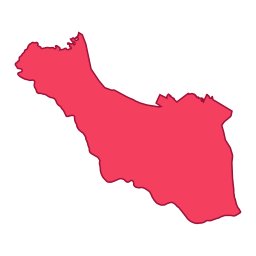 the district of Islas del Ibicuy, Entre Ríos, Argentina
{"feature_id": "61730980B51981995924731", "entity_name": "Islas del Ibicuy", "entity_type": "district", "adm_level": 2, "iso_a3": "ARG", "parent_name": "Argentina", "parent_adm1": "Entre Ríos", "projection": "orthographic", "projection_center": [-58.964, -33.597], "detail": "fine", "context": "isolated", "style": "filled", "palette": "rose", "viewbox_px": 256, "rotation_deg": 0, "n_neighbors": 0, "source": "geoboundaries", "source_scale": "gbopen_adm2", "svg_char_len": 5507}
<svg xmlns="http://www.w3.org/2000/svg" viewBox="0 0 256 256"><path d="M78.7,32.6L78.6,32.9L78.6,33.9L78.4,35.0L78.1,35.0L77.9,35.3L78.2,35.6L78.1,36.1L77.3,36.8L76.5,37.0L76.0,37.4L75.6,38.0L75.8,38.3L76.1,38.3L76.6,37.9L76.8,37.5L77.0,37.3L77.8,37.7L78.0,38.0L78.3,39.0L77.3,40.1L76.4,40.5L75.5,40.2L74.9,39.7L74.3,38.6L73.7,38.1L73.3,37.9L72.6,38.1L71.8,38.8L70.5,39.1L71.4,40.5L71.9,41.1L72.6,41.6L73.7,42.1L74.5,42.2L74.9,42.7L75.0,43.0L75.0,43.8L74.6,44.6L74.0,44.8L73.6,44.6L73.2,43.4L73.0,43.1L72.8,43.1L71.8,43.9L71.1,44.1L68.9,43.0L68.2,42.9L67.7,43.2L67.6,43.9L67.9,44.2L68.2,44.2L68.4,44.0L68.4,43.7L68.7,43.4L69.2,43.5L69.4,43.7L69.5,44.0L69.6,46.5L69.7,46.8L70.8,47.1L71.2,47.4L71.3,47.7L71.2,48.3L70.8,48.9L69.7,48.9L68.6,49.5L67.4,49.6L66.9,49.5L66.3,49.0L66.0,48.3L64.7,48.5L63.2,49.4L62.3,49.5L61.8,49.7L60.9,49.7L60.6,49.5L60.1,49.7L60.3,49.4L60.1,49.1L59.9,48.1L59.7,47.8L58.2,46.6L56.7,45.7L56.3,45.6L55.8,45.8L55.5,46.2L55.5,46.6L56.1,47.1L56.0,47.7L55.8,48.3L55.2,48.8L54.4,48.7L54.1,48.4L53.8,47.9L52.9,47.6L51.8,47.6L49.9,47.9L48.5,47.6L47.1,47.5L46.1,47.6L45.0,48.0L43.3,48.2L42.2,48.6L41.6,48.5L41.0,48.0L40.9,47.4L40.5,47.0L38.0,45.8L37.7,45.2L38.1,44.0L37.8,43.3L37.1,42.6L36.5,42.4L34.8,42.9L34.2,42.9L33.4,42.5L32.9,42.4L32.3,42.5L31.0,43.5L29.5,44.3L28.0,46.5L27.4,48.4L27.0,49.0L26.6,49.4L25.4,49.8L24.8,50.3L24.6,50.7L24.6,51.7L24.4,52.0L23.1,53.3L22.2,54.1L21.7,55.3L19.6,57.1L19.4,57.3L19.2,58.5L19.2,60.1L19.1,60.4L18.7,60.9L17.5,61.5L17.1,62.5L16.7,62.8L15.7,63.2L15.4,63.8L15.4,64.9L16.8,66.8L17.5,68.2L18.0,68.4L20.6,68.8L21.6,69.3L22.1,69.9L22.2,70.7L21.8,71.4L21.1,71.9L18.3,72.9L18.0,73.3L17.9,73.6L18.0,74.4L18.2,74.8L20.2,76.7L23.6,78.5L25.2,79.2L28.0,79.8L29.7,80.4L33.1,80.1L33.7,80.3L34.2,80.8L34.6,81.4L34.7,81.9L34.4,83.7L34.2,84.8L34.4,86.6L34.7,87.4L36.1,89.7L36.5,91.6L37.4,92.8L38.7,93.4L40.7,93.4L45.6,94.6L47.1,95.5L47.9,96.1L48.9,96.7L50.2,97.3L53.1,98.0L54.4,98.7L55.0,99.3L55.6,100.2L56.1,101.2L56.3,102.0L57.5,104.1L58.6,105.3L59.8,106.0L60.9,106.9L61.1,107.2L61.2,107.7L61.8,108.6L63.5,110.5L65.1,113.7L65.7,115.0L65.8,115.1L65.9,115.5L66.1,115.6L66.2,116.0L66.5,116.4L68.1,116.4L71.5,115.4L72.8,115.4L73.3,115.6L74.1,116.0L74.5,116.5L74.7,117.1L74.5,118.0L74.8,120.3L75.1,121.4L75.7,122.8L76.5,124.2L76.7,125.0L76.8,125.1L76.9,126.4L77.1,126.9L77.6,127.8L77.8,127.8L77.8,128.2L78.6,129.4L79.3,130.2L82.0,132.3L82.4,132.5L82.5,132.5L83.7,133.9L84.7,135.4L85.3,136.4L85.5,136.8L85.8,137.2L85.8,137.8L85.7,138.4L85.8,138.6L85.9,139.1L87.6,143.0L87.6,143.3L88.2,145.8L89.2,148.2L89.4,150.9L89.9,152.2L90.2,152.6L91.3,153.5L98.0,157.4L99.4,159.6L100.0,161.0L99.7,161.7L99.4,163.0L99.6,163.7L99.6,164.7L100.1,166.2L100.5,171.2L101.2,173.7L102.7,176.9L104.1,178.6L106.5,181.1L107.9,182.0L109.8,182.2L111.1,182.1L113.4,181.4L119.4,178.8L121.3,178.6L123.3,179.2L124.0,179.5L126.1,181.6L127.6,182.2L128.6,182.0L131.0,180.5L131.5,180.4L132.5,180.7L133.2,181.6L133.5,182.3L133.8,183.6L133.7,184.8L134.2,185.7L135.2,186.8L136.2,187.3L138.7,187.8L142.1,187.5L143.1,187.7L145.3,188.7L149.2,191.3L150.1,192.5L151.3,194.8L152.2,197.0L154.3,200.4L155.8,202.1L157.2,203.4L160.1,204.7L161.5,205.1L162.4,205.0L164.2,205.0L165.5,204.5L166.4,203.9L168.7,203.0L171.0,202.4L171.9,202.4L173.5,203.0L175.3,204.3L176.0,205.0L176.5,205.7L178.0,207.0L178.9,207.6L184.0,214.0L187.7,218.9L190.0,220.9L191.3,221.7L193.6,222.7L195.9,223.3L197.2,223.4L199.2,223.1L201.4,223.0L203.4,222.5L204.7,221.9L206.5,220.7L207.3,220.6L207.9,220.5L209.6,220.7L211.0,220.6L213.4,219.6L214.5,219.3L216.9,218.4L218.0,218.2L219.3,217.7L220.8,216.8L224.6,215.5L227.1,215.4L229.6,215.4L230.7,215.4L233.4,215.9L234.9,215.8L237.4,214.5L240.3,212.6L240.6,211.9L239.0,209.0L237.6,207.2L237.0,205.8L236.2,203.5L235.2,199.3L234.3,197.0L234.3,195.5L233.7,192.4L233.8,190.1L232.5,178.2L231.9,163.4L231.9,162.1L232.5,157.2L232.5,155.1L230.3,147.8L225.6,140.3L225.3,139.6L223.6,131.9L221.9,125.9L221.9,125.3L222.0,124.8L224.5,121.5L230.4,116.7L230.8,116.1L231.1,115.4L232.0,111.1L214.9,100.8L213.9,100.4L213.8,100.2L213.5,99.9L213.0,99.6L212.9,99.2L212.7,98.9L212.7,98.0L212.2,97.7L212.3,97.2L212.3,96.8L211.5,97.2L211.2,97.8L211.3,98.3L211.1,98.5L209.9,98.1L209.4,97.7L209.3,97.1L209.1,96.9L209.1,96.5L208.3,95.5L207.9,95.4L207.5,95.5L207.5,95.2L207.2,94.6L206.9,94.5L206.7,94.6L206.3,95.4L206.2,96.2L205.2,97.9L204.8,99.1L204.1,100.1L204.0,100.8L203.7,101.1L203.7,101.5L203.5,102.0L203.1,101.5L202.5,101.4L202.7,101.1L202.5,100.8L202.6,100.6L202.1,100.7L202.4,100.0L202.6,99.9L202.9,99.1L203.0,99.0L202.7,98.5L202.4,98.7L202.1,98.7L201.9,99.2L201.4,99.5L201.5,99.2L201.7,98.6L201.9,98.4L201.6,98.1L201.3,98.3L200.2,98.2L199.9,98.4L199.7,98.3L199.7,97.8L199.5,98.2L199.4,98.2L198.9,97.7L198.8,98.1L198.5,98.2L198.4,98.0L198.6,97.9L198.6,97.7L198.2,97.7L198.0,97.3L197.8,97.4L197.3,97.2L197.0,97.4L196.7,97.0L196.8,96.8L196.4,96.6L196.2,96.3L196.2,96.1L195.8,96.1L195.7,96.0L195.6,95.7L195.3,95.0L195.1,95.0L194.8,94.7L194.4,94.8L194.0,94.5L194.0,94.2L193.7,94.2L192.7,93.7L192.2,93.6L191.6,93.6L190.3,94.0L190.0,93.9L189.1,94.1L188.8,93.8L188.6,93.9L188.5,93.7L188.3,93.8L188.1,93.5L186.2,94.9L176.8,102.0L173.8,99.1L174.1,98.6L170.1,96.1L170.5,95.6L168.4,94.2L167.5,95.3L167.0,96.2L166.8,97.1L166.8,98.1L159.9,94.7L156.1,103.0L161.0,106.5L159.0,106.9L146.9,105.0L139.8,102.9L135.5,101.0L133.3,99.7L129.4,98.1L126.7,96.8L114.3,90.1L113.5,90.0L112.3,90.2L111.6,90.2L104.8,87.7L104.3,87.2L98.9,80.7L91.1,69.1L90.9,68.3L85.8,44.0L82.3,34.8L78.7,32.6Z" fill="#f43f5e" stroke="#9f1239" stroke-width="1.5"/></svg>